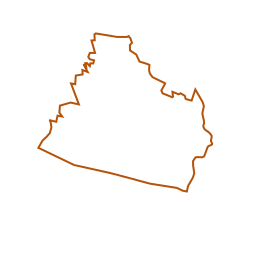 an SVG outline of West Flanders, rotated 220°
{"feature_id": "BEL-3479", "entity_name": "West Flanders", "entity_type": "Province", "adm_level": 1, "iso_a3": "BEL", "parent_name": "Belgium", "parent_adm1": "", "projection": "robinson", "projection_center": [3.055, 51.038], "detail": "fine", "context": "isolated", "style": "outline", "palette": "amber", "viewbox_px": 256, "rotation_deg": 220, "n_neighbors": 0, "source": "natural_earth", "source_scale": "10m", "svg_char_len": 1397}
<svg xmlns="http://www.w3.org/2000/svg" viewBox="0 0 256 256"><g transform="rotate(220 128 128)"><path d="M64.0,176.6L62.6,176.6L60.1,176.2L58.8,175.7L57.9,174.5L56.5,171.8L55.7,171.1L53.6,170.2L53.1,169.5L53.3,168.5L54.6,166.1L54.8,164.7L51.4,155.2L52.4,153.2L56.4,150.1L57.4,148.8L56.9,144.5L54.2,141.3L48.1,135.9L46.4,131.7L44.7,122.2L42.1,117.2L45.6,115.2L52.1,113.5L75.4,99.5L111.0,82.9L145.5,65.0L183.9,55.2L185.4,63.5L184.7,68.8L184.6,73.8L187.1,79.3L191.2,82.9L192.5,83.3L192.7,83.8L187.0,86.6L189.9,92.2L185.8,94.5L190.5,95.7L194.5,101.4L188.3,110.6L180.8,114.5L200.3,125.5L196.6,127.6L201.7,134.6L197.2,139.9L200.2,143.1L194.9,145.0L203.1,148.3L199.7,148.2L202.3,150.3L201.1,151.3L197.0,150.8L198.4,153.3L196.1,155.1L197.5,158.0L201.5,156.1L204.2,157.0L205.5,161.0L201.5,164.3L212.2,171.6L209.9,173.8L213.9,178.2L213.5,179.7L202.8,186.1L195.1,190.6L187.3,197.1L186.6,198.8L184.9,198.3L183.9,198.3L179.7,195.8L179.9,192.8L176.3,188.7L168.9,189.6L161.9,186.3L154.2,189.5L152.1,190.1L149.2,186.0L146.3,183.8L141.9,182.7L128.2,186.1L128.0,185.4L126.6,178.2L123.9,176.8L113.9,180.0L113.7,181.0L117.2,184.3L110.8,186.4L110.0,188.4L105.1,189.2L102.7,187.4L101.5,187.7L96.9,189.9L100.4,198.8L101.2,200.8L87.4,195.8L84.2,193.7L83.3,192.4L81.0,188.0L80.0,186.6L73.7,181.7L72.5,180.1L72.0,178.6L71.1,177.4L68.9,176.4L67.2,176.3L64.0,176.6Z" fill="none" stroke="#b45309" stroke-width="2"/></g></svg>